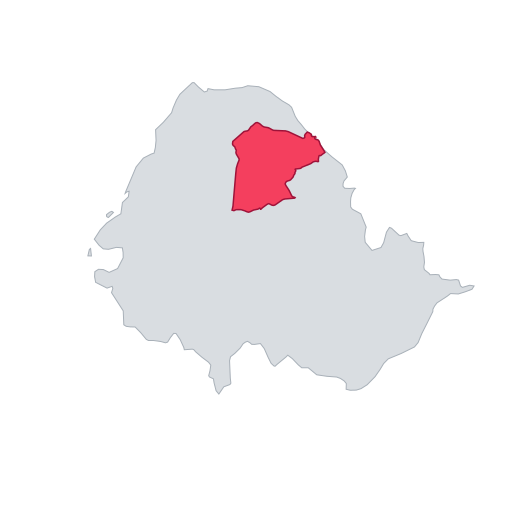 Siemréab highlighted on a map of Cambodia, rotated 49°
{"feature_id": "KHM-1781", "entity_name": "Siemréab", "entity_type": "Province", "adm_level": 1, "iso_a3": "KHM", "parent_name": "Cambodia", "parent_adm1": "", "projection": "orthographic", "projection_center": [104.194, 13.577], "detail": "fine", "context": "in_parent", "style": "filled", "palette": "rose", "viewbox_px": 512, "rotation_deg": 49, "n_neighbors": 0, "source": "natural_earth", "source_scale": "10m", "svg_char_len": 5094}
<svg xmlns="http://www.w3.org/2000/svg" viewBox="0 0 512 512"><g transform="rotate(49 256 256)"><path d="M421.7,111.1L422.8,114.8L420.2,121.8L417.4,128.2L412.0,133.8L411.8,137.9L410.1,150.1L410.9,154.0L412.2,157.3L414.0,159.1L418.9,170.9L423.3,181.7L427.7,190.5L428.6,196.1L424.8,210.5L420.4,223.6L420.9,230.2L423.0,236.7L425.2,245.4L426.1,256.5L425.0,263.8L423.0,268.3L419.1,273.0L415.7,275.4L411.5,271.5L408.2,271.4L403.8,272.6L400.3,274.5L393.3,281.4L385.5,288.1L374.6,289.9L370.4,294.8L365.9,295.5L357.3,295.9L351.7,297.1L351.9,299.5L351.6,311.2L351.7,313.9L350.8,314.6L346.9,315.0L340.3,313.3L331.3,310.5L325.0,310.1L321.7,315.2L319.8,317.2L317.4,317.5L314.8,318.4L314.0,320.7L313.8,323.5L315.1,328.3L315.6,336.0L315.3,341.3L317.6,344.6L331.4,355.6L335.5,358.4L335.9,360.0L333.6,366.1L335.8,374.6L331.5,374.5L324.3,370.9L320.8,368.7L316.7,370.5L315.3,370.2L312.4,366.0L308.7,361.7L305.0,361.5L297.0,363.2L288.8,364.4L285.7,364.4L284.5,365.2L279.7,371.6L277.7,370.5L269.5,368.1L262.0,367.2L260.4,368.9L261.4,374.1L263.0,379.2L262.1,381.3L258.0,384.0L252.5,388.8L249.2,392.6L246.9,393.5L238.5,393.3L230.3,393.8L227.0,397.4L223.9,400.1L221.2,400.9L210.3,392.2L188.9,389.1L186.5,385.3L184.5,384.5L182.5,389.5L170.7,394.3L165.7,391.4L162.1,387.9L162.7,383.6L166.1,380.1L172.0,377.6L174.7,368.7L170.2,357.4L166.3,354.1L162.2,351.5L157.9,355.7L154.2,362.9L150.4,366.6L145.0,367.4L137.2,367.0L134.1,356.3L133.2,347.1L134.3,336.6L135.5,330.3L128.0,321.7L127.6,313.5L123.9,309.3L122.9,311.4L122.9,313.7L121.9,312.0L110.1,288.0L108.2,276.8L110.3,268.2L111.5,265.4L108.1,260.8L103.3,255.7L94.8,248.9L94.3,238.3L92.5,225.7L89.9,221.5L86.1,213.7L84.0,207.3L83.4,190.4L84.5,189.0L90.6,188.6L98.3,187.4L99.5,184.7L98.2,182.4L103.1,178.6L110.3,170.3L115.8,161.5L119.8,156.0L122.1,150.5L130.1,142.8L141.1,137.5L148.5,136.2L156.3,134.4L163.7,131.9L167.2,131.6L176.4,134.8L181.4,135.6L186.6,135.6L192.0,135.9L196.7,135.6L208.0,133.4L220.0,135.1L230.7,133.7L243.9,131.2L250.4,132.7L256.3,135.3L257.1,140.4L258.5,142.8L260.5,144.6L263.1,144.6L266.5,141.0L269.3,137.2L270.2,136.6L270.3,138.4L271.8,142.4L274.3,146.3L276.9,148.9L281.1,152.4L283.9,152.6L292.9,149.2L306.5,153.9L308.1,156.3L312.5,161.2L317.3,164.6L327.9,164.8L331.6,156.1L329.7,150.9L323.6,141.9L322.0,136.5L323.9,135.5L334.1,134.4L335.7,133.3L337.9,127.4L340.7,128.1L346.3,128.8L352.3,124.7L355.8,120.4L357.7,122.3L359.9,125.3L362.2,127.0L366.5,129.5L371.3,133.0L374.3,136.5L376.7,137.9L382.7,136.8L384.3,137.0L387.8,132.6L390.2,130.3L392.3,130.9L395.4,130.8L401.6,125.3L405.2,120.3L407.1,118.9L412.8,121.3L415.1,120.8L418.3,113.9L421.7,111.1ZM130.1,342.1L129.0,342.7L127.9,342.7L126.7,341.7L126.9,337.8L127.7,335.5L129.6,335.0L130.1,342.1ZM148.0,380.2L145.6,382.8L141.7,377.4L141.8,375.9L148.0,380.2Z" fill="#d9dde1" stroke="#a8b0b8" stroke-width="1"/><path d="M204.7,132.8L205.3,132.8L205.1,133.1L205.1,133.7L205.5,134.3L206.3,134.6L207.5,134.2L208.3,133.5L209.3,133.0L210.8,133.1L214.4,134.6L221.8,135.7L222.2,135.8L222.6,136.0L223.0,136.0L223.0,137.2L222.8,138.5L222.7,140.7L222.7,141.2L222.5,141.6L222.2,141.8L222.0,142.0L221.7,142.4L221.8,142.8L221.9,143.0L223.9,145.5L225.2,146.5L225.6,146.8L225.6,147.0L225.5,147.3L225.3,147.5L224.1,148.4L223.7,148.8L223.1,149.8L222.5,151.0L222.2,154.1L219.3,162.5L219.1,163.3L219.2,163.8L219.1,164.7L218.9,165.2L218.6,165.7L216.2,169.2L216.2,169.5L216.4,169.7L217.2,169.8L217.6,169.9L217.8,170.2L218.1,170.6L218.5,171.8L218.7,172.0L218.9,172.2L219.2,172.4L219.4,172.6L219.7,174.0L219.8,174.6L220.1,175.0L220.3,175.4L220.6,175.9L220.8,176.4L221.2,179.8L221.1,180.6L220.9,181.3L220.2,182.7L219.9,183.6L219.8,184.3L219.9,184.8L220.0,185.3L220.2,185.7L220.4,186.2L220.7,186.6L221.0,186.8L222.4,187.2L228.2,188.0L233.8,189.5L234.6,189.6L236.2,189.0L236.4,188.8L237.1,188.3L237.6,188.2L237.6,188.4L237.7,188.7L237.6,189.0L232.1,196.5L231.3,198.0L230.9,199.3L230.0,208.0L229.5,209.3L229.1,209.8L228.3,210.5L227.7,210.8L225.4,211.7L225.0,211.9L224.8,212.2L224.6,212.6L224.3,213.6L223.8,219.5L223.9,221.2L223.9,221.6L223.7,221.9L223.1,221.8L222.8,221.7L222.4,221.7L222.2,221.9L222.1,222.3L222.0,223.4L221.9,223.8L219.7,227.7L218.8,231.2L218.2,232.6L218.0,232.9L217.5,233.3L216.4,234.0L214.6,234.8L214.4,234.9L213.5,235.5L211.9,236.4L211.0,237.1L208.3,240.2L207.9,240.8L207.3,242.9L205.7,244.0L203.3,240.7L180.6,217.3L176.7,213.1L174.2,209.2L172.5,205.8L171.5,205.0L166.3,204.0L165.3,203.6L164.8,203.3L164.4,202.9L163.6,201.9L163.3,201.6L163.0,201.4L162.0,201.3L159.7,200.4L157.6,200.7L156.6,200.5L156.0,200.2L155.6,199.8L154.3,198.3L154.2,183.5L154.6,182.5L155.2,181.6L156.0,180.2L156.1,179.0L155.1,175.1L155.3,172.9L155.2,169.9L155.4,168.5L156.2,167.4L158.0,166.6L159.2,166.3L161.8,166.0L163.1,165.6L164.1,165.1L167.0,162.7L168.2,162.1L171.8,160.8L172.8,160.2L181.0,151.6L183.4,150.0L187.9,148.0L198.0,143.5L198.3,142.7L198.5,142.2L198.6,141.8L198.5,141.4L197.9,140.9L197.0,140.3L196.7,139.7L196.4,139.1L196.1,136.1L196.2,135.9L198.0,135.0L200.4,134.4L200.8,134.6L201.1,135.0L201.5,135.3L202.4,135.4L202.9,135.1L204.5,133.3L204.6,133.0L204.7,132.8Z" fill="#f43f5e" stroke="#9f1239" stroke-width="1.5"/></g></svg>